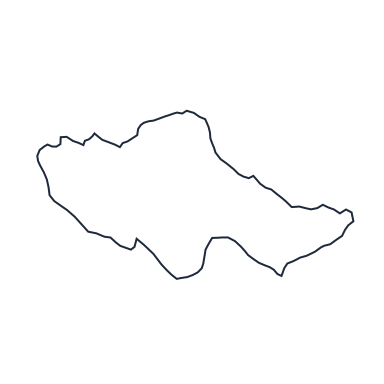 the district of Barrinha, São Paulo, Brazil, rotated 324°
{"feature_id": "56859067B45881717181583", "entity_name": "Barrinha", "entity_type": "district", "adm_level": 2, "iso_a3": "BRA", "parent_name": "Brazil", "parent_adm1": "São Paulo", "projection": "equal_earth", "projection_center": [-48.087, -21.233], "detail": "fine", "context": "isolated", "style": "outline", "palette": "slate", "viewbox_px": 384, "rotation_deg": 324, "n_neighbors": 0, "source": "geoboundaries", "source_scale": "gbopen_adm2", "svg_char_len": 1759}
<svg xmlns="http://www.w3.org/2000/svg" viewBox="0 0 384 384"><g transform="rotate(324 192 192)"><path d="M245.5,140.9L242.2,135.5L240.0,129.1L235.4,123.1L230.3,122.8L226.5,118.9L222.6,117.5L218.8,116.4L214.3,114.9L208.6,113.3L203.0,111.7L198.5,109.3L193.8,107.7L190.0,107.7L185.5,109.3L181.1,113.8L175.4,113.5L169.6,113.2L164.7,111.7L160.0,113.3L157.6,108.5L155.1,104.7L152.7,101.0L150.1,97.1L148.8,92.5L147.5,87.3L144.0,88.4L139.6,88.8L135.5,87.6L131.7,90.2L129.0,85.4L125.8,80.9L123.0,73.7L118.0,70.5L113.7,75.9L109.0,75.6L105.6,73.0L103.0,68.7L99.3,68.3L93.4,68.5L88.0,71.9L85.7,76.4L84.7,81.2L83.7,89.1L81.9,96.6L78.8,103.7L74.9,110.9L75.2,118.3L77.8,126.0L80.3,133.1L82.6,143.2L84.7,163.1L90.3,169.2L94.8,176.6L99.3,180.9L100.7,187.8L102.3,193.4L108.7,202.7L113.2,202.6L119.7,197.3L122.1,206.8L124.4,219.3L124.7,232.6L125.6,240.2L126.8,246.9L128.6,253.3L132.9,255.3L138.1,258.0L143.8,259.6L149.5,260.4L155.1,259.4L159.2,256.4L169.1,246.6L174.4,244.0L181.3,241.0L186.0,244.2L189.4,246.3L194.4,249.9L197.9,257.0L199.5,265.1L200.1,271.0L200.3,276.0L202.3,282.4L204.6,288.8L208.0,294.4L210.7,298.5L212.5,303.0L212.9,308.6L215.1,312.5L222.0,307.8L227.1,305.9L232.9,307.4L237.0,308.1L240.8,308.6L247.4,311.0L256.6,312.6L263.8,312.6L267.4,313.2L273.1,315.5L281.1,315.5L287.6,315.7L293.7,312.5L298.8,310.8L305.4,310.5L309.1,302.3L306.3,296.7L299.0,296.2L296.6,289.6L293.3,284.8L290.3,279.2L284.0,278.7L278.1,276.0L274.8,272.3L270.2,266.8L263.8,262.8L262.4,254.5L261.1,249.2L259.3,243.1L257.6,236.5L254.1,231.8L252.0,225.4L251.6,220.3L251.1,215.0L246.1,214.2L242.7,209.8L240.2,204.7L239.1,197.9L236.7,189.0L234.4,182.2L234.2,173.9L235.8,169.2L237.0,164.1L238.4,159.4L241.4,154.6L243.6,149.3L245.5,140.9Z" fill="none" stroke="#1e293b" stroke-width="2"/></g></svg>